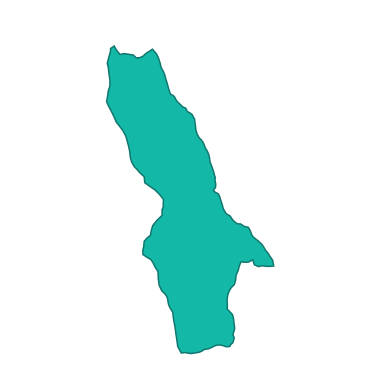 Bomachoge Chache, Nyanza, Kenya (Natural Earth projection), rotated 348°
{"feature_id": "3690345B65258571851787", "entity_name": "Bomachoge Chache", "entity_type": "district", "adm_level": 2, "iso_a3": "KEN", "parent_name": "Kenya", "parent_adm1": "Nyanza", "projection": "natural_earth1", "projection_center": [34.714, -0.804], "detail": "fine", "context": "isolated", "style": "filled", "palette": "teal", "viewbox_px": 384, "rotation_deg": 348, "n_neighbors": 0, "source": "geoboundaries", "source_scale": "gbopen_adm2", "svg_char_len": 2909}
<svg xmlns="http://www.w3.org/2000/svg" viewBox="0 0 384 384"><g transform="rotate(348 192 192)"><path d="M183.0,44.1L179.8,45.4L176.3,46.6L172.4,48.9L168.7,49.8L165.2,49.1L163.2,45.9L158.9,44.2L154.3,42.5L150.2,42.5L147.6,37.4L146.2,33.0L142.2,34.7L141.7,36.8L141.1,38.2L138.6,43.0L135.9,48.4L136.0,53.0L135.4,58.6L135.0,65.4L133.6,71.6L131.4,75.2L129.1,81.3L127.3,85.6L127.6,87.6L128.1,90.1L129.0,93.3L129.5,95.0L130.3,98.0L131.1,101.3L131.5,103.0L132.4,107.8L134.7,112.4L137.2,117.7L138.8,123.3L139.0,124.7L139.2,127.8L139.3,130.6L139.5,133.9L139.5,139.2L139.0,143.9L138.9,146.3L139.2,150.2L140.8,155.2L143.1,158.8L144.9,162.3L148.4,167.1L147.7,173.1L151.9,177.7L156.1,182.1L159.7,187.6L162.5,193.3L161.2,198.5L161.0,200.3L159.0,203.2L157.9,208.6L152.3,212.1L146.7,216.6L144.3,220.9L142.2,225.9L138.7,227.5L135.0,230.3L133.3,235.6L131.8,238.7L131.0,243.0L134.6,246.7L137.7,249.5L139.2,253.2L140.1,257.3L142.2,262.9L141.0,269.7L140.5,276.4L141.9,282.5L144.2,285.9L144.9,287.1L145.7,289.6L145.9,291.7L145.7,294.8L145.7,297.4L146.3,300.3L147.5,303.9L148.2,305.6L147.6,310.8L147.4,315.6L147.3,320.8L146.8,327.2L146.4,333.5L145.9,340.2L148.0,347.2L149.7,347.5L152.0,347.6L153.4,348.3L157.3,349.8L161.9,350.1L165.8,350.2L168.2,349.8L171.2,348.6L175.4,348.8L178.6,348.2L180.8,347.6L182.9,347.1L184.7,347.0L187.3,347.4L189.1,348.1L191.1,349.1L192.4,350.0L193.5,350.5L196.8,351.0L198.2,349.3L200.6,347.9L201.6,346.0L203.0,343.5L202.4,340.1L203.4,338.2L204.7,335.9L205.4,334.1L205.8,330.7L205.8,328.7L206.3,325.0L206.2,320.8L205.4,319.0L203.9,316.7L203.1,315.4L202.1,313.9L203.3,309.0L203.5,306.8L203.9,304.8L205.3,300.9L207.1,297.6L209.6,294.6L210.7,293.6L211.7,292.9L213.8,291.6L214.8,290.3L216.4,287.0L218.0,282.3L220.9,278.3L223.0,274.0L225.4,270.5L229.1,271.7L232.6,272.3L237.3,271.0L237.9,276.2L239.7,277.5L241.4,278.7L245.4,278.8L249.3,280.2L253.7,281.1L256.5,281.4L256.6,279.5L256.7,275.4L255.0,271.4L253.4,267.2L251.7,264.0L251.3,262.7L250.8,261.0L249.6,257.9L247.3,254.6L246.5,253.5L245.0,251.8L242.4,248.6L241.5,246.0L241.0,242.5L240.4,240.3L239.6,238.1L236.6,236.9L234.9,235.5L233.0,233.4L229.7,232.5L226.7,229.0L225.7,227.0L224.2,223.3L221.0,220.4L219.8,217.1L219.1,214.7L218.9,210.2L218.4,206.2L218.3,204.8L218.2,202.9L217.4,199.4L215.1,197.4L214.1,196.3L213.2,194.9L215.8,192.6L216.3,191.3L216.9,189.1L216.9,186.6L216.9,185.2L217.8,182.6L217.5,180.9L217.4,177.0L216.8,171.8L215.9,166.3L216.3,161.5L216.1,158.2L215.6,155.9L215.2,154.5L214.1,151.2L213.5,147.0L212.4,143.9L211.4,142.0L210.5,141.0L209.0,136.3L208.7,131.8L209.2,127.3L209.4,123.5L209.7,121.4L208.2,116.3L206.7,114.5L204.1,112.2L203.3,108.7L200.5,106.7L199.0,104.2L197.1,101.7L196.3,100.2L195.7,98.8L194.8,95.7L193.9,94.0L191.3,91.7L190.7,87.4L190.6,86.0L190.5,84.1L190.3,80.5L190.1,78.2L189.9,76.1L189.7,71.6L188.9,67.6L187.7,63.8L187.6,58.9L187.1,54.1L186.0,49.5L183.0,44.1Z" fill="#14b8a6" stroke="#0f766e" stroke-width="1.5"/></g></svg>